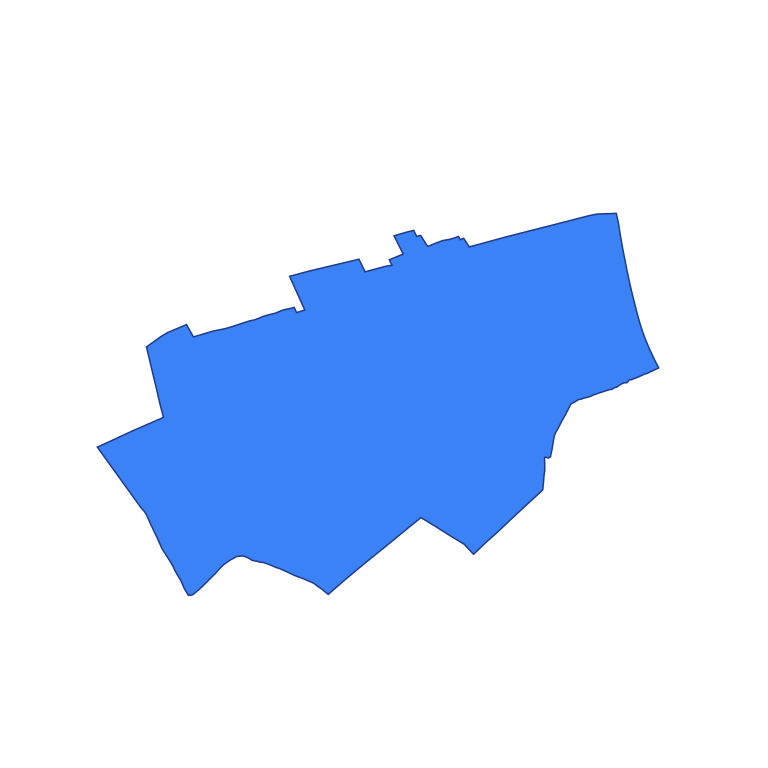 Bang Na, Bangkok Metropolis, Thailand (Equal Earth projection), rotated 138°
{"feature_id": "78962969B90575155663708", "entity_name": "Bang Na", "entity_type": "district", "adm_level": 2, "iso_a3": "THA", "parent_name": "Thailand", "parent_adm1": "Bangkok Metropolis", "projection": "equal_earth", "projection_center": [100.623, 13.666], "detail": "fine", "context": "isolated", "style": "filled", "palette": "blue", "viewbox_px": 768, "rotation_deg": 138, "n_neighbors": 0, "source": "geoboundaries", "source_scale": "gbopen_adm2", "svg_char_len": 5330}
<svg xmlns="http://www.w3.org/2000/svg" viewBox="0 0 768 768"><g transform="rotate(138 384 384)"><path d="M566.2,264.9L559.0,264.9L550.1,264.7L546.3,264.6L545.1,264.6L533.5,264.2L524.2,263.9L506.6,263.0L500.6,262.7L494.2,262.3L471.8,261.3L469.8,261.2L457.6,260.6L446.0,260.0L445.1,257.2L442.4,248.0L442.2,247.4L440.6,242.2L438.6,234.9L436.2,226.4L433.6,217.9L431.9,212.1L431.7,211.5L431.6,210.6L431.6,208.5L431.5,206.6L431.5,204.5L431.4,197.5L422.2,197.8L414.9,198.0L411.8,198.1L410.3,198.0L398.0,198.0L387.6,198.3L377.6,198.5L366.4,198.7L354.7,198.9L345.5,198.9L337.2,199.1L336.9,199.1L335.4,200.4L335.1,200.7L330.3,205.1L326.0,209.2L322.6,212.0L321.4,213.2L319.1,215.8L315.1,220.5L313.9,221.9L313.6,222.0L313.3,221.9L312.6,220.9L311.8,219.6L311.1,218.7L310.7,218.8L309.9,218.8L309.4,218.6L309.0,218.4L308.8,218.5L307.3,219.9L304.3,221.9L300.6,224.8L297.4,227.4L294.7,229.5L292.9,231.0L289.8,232.7L289.0,233.0L288.4,233.3L288.2,233.3L287.4,233.6L287.2,233.6L285.4,234.1L283.4,234.9L283.3,235.0L281.8,235.5L281.6,235.6L279.7,236.3L279.0,236.6L278.6,236.7L278.4,236.8L274.0,238.4L269.9,239.7L267.1,240.8L262.6,242.5L258.3,244.1L258.0,244.0L257.7,243.9L257.2,243.8L254.2,243.0L251.2,242.5L250.5,242.4L250.0,242.3L247.6,240.8L245.3,239.9L244.1,239.3L240.0,237.1L236.8,236.0L236.1,235.9L224.9,231.1L219.8,228.7L218.9,227.9L218.2,227.6L215.3,227.0L212.7,225.8L210.0,225.6L207.9,225.2L207.1,225.0L205.2,224.4L204.9,224.4L203.5,223.0L202.9,222.7L202.5,222.5L202.1,222.4L201.5,222.4L200.2,222.7L199.4,222.9L198.9,222.8L198.7,222.7L197.4,221.7L197.1,221.6L196.9,221.5L196.2,221.3L194.2,220.6L193.4,220.2L192.7,220.0L192.0,219.7L190.6,219.1L190.4,219.0L190.1,218.9L189.0,218.7L188.0,218.3L187.8,218.3L187.5,218.1L186.0,217.7L184.3,217.2L183.9,217.0L182.8,216.5L181.3,215.8L169.1,212.2L168.8,213.2L167.8,217.2L166.6,221.3L165.4,225.4L163.0,233.2L162.9,233.5L160.1,241.5L158.6,245.4L157.1,249.2L155.3,253.3L153.5,257.2L151.6,261.1L147.7,268.9L146.3,271.5L139.6,284.2L133.4,295.5L127.0,306.5L116.2,324.6L109.5,335.3L107.3,338.8L102.7,345.7L97.2,355.4L111.8,367.6L117.6,371.1L121.8,373.4L123.9,374.4L124.1,374.6L131.3,378.3L131.7,378.5L141.0,383.4L146.6,386.3L155.0,390.7L156.9,391.7L160.7,393.8L165.0,396.0L171.3,399.3L175.7,401.6L182.0,404.9L191.0,409.6L194.8,411.6L228.9,428.8L227.3,439.0L230.7,440.2L230.5,441.0L229.9,443.8L234.1,445.5L238.5,447.6L242.9,450.4L243.8,450.9L245.7,451.9L248.1,452.8L251.3,454.1L255.5,455.5L258.9,456.6L259.1,456.7L259.2,456.8L259.2,457.0L259.3,457.2L259.2,459.2L257.4,469.3L257.5,469.7L257.6,470.0L257.9,470.3L261.0,471.8L259.1,478.3L265.9,481.9L277.4,487.4L282.8,467.7L296.9,472.8L297.6,470.6L297.9,469.4L298.5,467.2L298.6,466.9L302.4,469.5L304.7,470.7L305.8,471.3L308.1,472.5L323.0,480.0L319.1,493.5L337.1,503.3L363.1,517.5L382.1,527.2L393.4,492.0L401.1,495.6L399.5,501.0L402.8,502.8L405.1,504.0L408.7,506.2L411.3,507.2L415.2,508.6L417.2,509.3L423.2,512.5L427.3,514.5L430.6,515.8L433.2,516.7L437.5,518.4L440.2,520.0L442.0,521.0L446.9,523.2L457.2,527.7L463.8,530.8L468.7,533.6L475.8,537.8L494.1,546.5L491.7,557.4L491.0,560.3L495.1,561.7L505.2,565.2L509.8,566.9L518.5,568.6L535.7,570.5L537.0,568.2L551.4,541.7L555.5,534.1L561.1,524.1L563.1,520.4L563.2,520.2L563.9,519.0L570.2,506.8L596.9,515.6L601.5,517.2L610.5,520.0L630.0,526.0L639.3,528.9L641.8,505.9L647.2,456.2L647.3,455.8L647.3,455.4L647.3,455.1L647.3,454.7L647.4,454.2L647.4,453.7L647.4,451.9L647.4,451.2L647.4,450.3L647.5,449.4L647.5,448.6L647.6,448.2L647.7,447.3L647.8,446.7L647.9,446.4L648.0,446.0L648.1,445.6L648.3,444.8L648.4,444.4L648.7,443.6L648.9,442.9L649.8,440.2L650.0,439.6L650.2,439.1L650.6,437.9L650.9,437.1L651.4,435.5L652.6,431.2L653.4,428.7L653.8,427.4L654.3,425.4L654.6,424.3L654.8,423.5L655.1,422.6L655.2,422.2L655.4,421.6L655.5,421.4L656.3,418.9L656.7,417.8L657.0,417.0L657.5,415.3L657.6,414.9L657.9,414.1L658.1,413.3L658.5,412.4L658.7,411.7L658.9,411.0L659.0,410.6L659.1,410.3L659.2,409.8L659.3,409.4L659.4,408.6L659.5,408.2L659.7,406.8L660.0,405.4L660.1,404.6L660.8,400.1L661.0,399.2L661.1,398.3L661.5,396.1L662.2,392.6L662.5,391.2L662.7,390.3L662.8,389.9L662.9,389.5L663.1,388.8L663.2,388.5L663.6,387.1L663.8,386.5L663.9,386.1L664.2,385.2L664.4,384.3L664.8,382.6L665.2,380.9L665.3,380.0L665.4,379.6L665.7,377.9L666.0,376.6L666.3,375.2L666.5,374.4L666.6,373.9L666.8,373.1L667.2,371.9L667.6,370.6L668.4,368.2L668.8,367.0L669.1,366.1L669.2,365.7L669.3,365.5L669.3,365.3L669.4,364.9L669.5,364.4L669.7,363.6L669.8,362.8L670.2,360.7L670.4,359.8L670.4,359.4L670.5,359.0L670.6,358.9L670.6,358.6L670.7,358.3L670.8,357.9L670.5,357.6L669.5,356.9L668.3,355.9L666.6,355.3L659.3,355.0L649.9,355.3L641.9,355.8L641.1,355.8L640.2,355.8L639.9,355.8L639.5,355.9L638.4,355.9L636.4,356.0L630.5,356.7L623.9,357.0L616.8,356.2L615.3,355.9L611.5,354.9L609.4,354.6L607.5,353.4L607.4,353.3L607.3,353.2L606.5,352.7L604.8,351.4L603.2,349.6L601.3,345.7L601.0,344.7L600.4,342.9L600.3,342.4L600.3,342.2L600.2,341.6L600.0,341.3L599.9,341.2L599.3,340.3L599.2,340.2L598.8,339.5L597.7,338.1L597.6,337.9L597.3,337.6L597.1,337.4L595.9,335.5L595.3,334.5L593.3,332.3L593.2,332.2L592.0,330.2L589.7,325.8L587.9,321.9L586.7,319.3L586.3,318.7L585.6,317.7L583.8,313.7L582.2,310.1L581.8,309.3L580.1,305.1L578.6,301.6L576.3,297.2L574.5,293.8L569.9,283.8L569.3,281.8L568.8,278.8L567.6,273.7L566.3,265.4L566.2,264.9Z" fill="#3b82f6" stroke="#1e3a8a" stroke-width="1.5"/></g></svg>